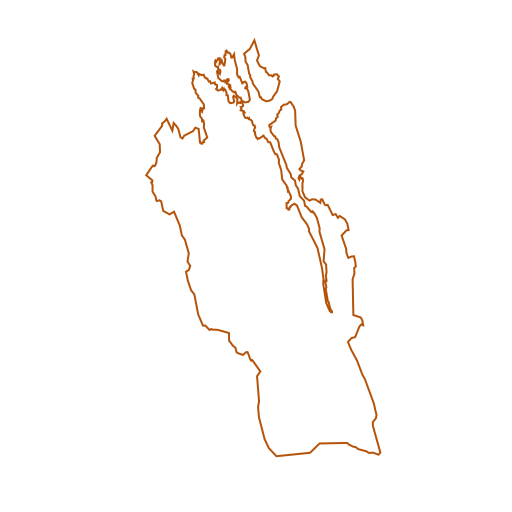 the district of Hjelmeland nor, Rogaland, Norway, rotated 82°
{"feature_id": "86288312B13309254360301", "entity_name": "Hjelmeland nor", "entity_type": "district", "adm_level": 2, "iso_a3": "NOR", "parent_name": "Norway", "parent_adm1": "Rogaland", "projection": "equal_earth", "projection_center": [6.272, 59.206], "detail": "fine", "context": "isolated", "style": "outline", "palette": "amber", "viewbox_px": 512, "rotation_deg": 82, "n_neighbors": 0, "source": "geoboundaries", "source_scale": "gbopen_adm2", "svg_char_len": 5986}
<svg xmlns="http://www.w3.org/2000/svg" viewBox="0 0 512 512"><g transform="rotate(82 256 256)"><path d="M457.1,263.6L458.4,229.9L450.5,219.1L453.8,191.8L455.4,190.5L458.4,186.2L459.1,183.9L461.5,181.6L464.8,173.8L466.7,171.7L467.1,167.3L469.8,162.4L468.0,160.2L440.3,163.9L436.7,163.4L433.4,159.9L430.4,158.8L418.1,159.9L393.1,165.3L388.2,167.2L373.6,170.5L362.1,174.8L353.9,176.9L350.7,173.1L350.0,169.0L340.2,163.4L338.4,161.2L339.5,159.5L334.6,159.7L331.5,160.8L328.0,167.8L292.6,163.6L287.0,160.9L281.6,160.5L280.2,158.6L276.3,158.5L269.9,159.0L269.8,161.6L270.7,164.8L270.2,165.0L265.7,166.0L261.4,165.7L247.7,168.4L243.2,162.9L243.2,160.7L240.2,160.9L236.8,161.1L232.0,162.9L228.0,167.6L229.6,169.5L225.6,171.3L226.1,174.4L215.4,177.9L215.5,179.8L214.9,180.7L209.0,182.6L209.2,184.1L212.3,184.9L208.3,189.3L207.7,192.6L208.6,195.3L204.8,199.2L198.5,201.0L190.1,199.8L188.2,198.9L185.5,199.1L185.8,200.1L184.1,200.8L184.5,201.9L186.3,202.5L184.8,203.1L182.2,201.5L181.5,199.4L178.9,197.4L177.3,200.1L175.9,200.9L173.7,198.2L171.5,197.7L167.9,195.0L148.8,195.8L132.4,198.6L117.6,197.0L113.3,197.9L108.4,200.3L108.0,201.2L110.1,204.5L110.0,207.3L112.0,210.5L114.5,210.6L115.2,212.2L117.3,213.3L118.9,215.3L121.3,215.1L122.4,217.0L124.6,217.7L128.2,224.7L130.1,224.6L131.0,223.8L130.7,223.3L132.7,224.2L135.4,223.9L140.0,221.3L140.2,220.4L142.5,219.9L143.4,218.7L145.8,217.9L152.0,217.8L170.0,213.3L173.0,213.2L179.5,210.3L183.1,210.1L186.7,206.9L191.3,206.8L195.2,205.0L202.7,204.3L208.0,200.7L213.2,200.4L214.3,198.9L219.7,195.5L220.1,195.1L219.5,193.8L221.0,193.4L221.1,192.6L226.7,190.4L237.5,189.1L240.7,189.8L258.9,187.2L270.6,189.8L274.3,187.8L281.8,188.4L285.5,189.6L290.6,189.6L290.9,190.0L290.0,190.5L290.9,191.1L296.4,190.6L298.4,191.5L310.7,191.2L311.6,190.5L318.5,189.8L321.4,188.5L322.3,188.6L322.3,189.3L320.8,190.6L312.2,193.0L292.7,193.3L288.6,192.4L277.3,192.3L256.6,194.0L238.9,200.1L236.7,199.7L232.0,200.9L223.9,205.4L211.7,208.4L209.6,210.7L211.1,214.3L212.8,215.3L212.0,215.2L212.3,215.7L214.7,216.6L214.6,217.5L213.4,217.6L213.0,219.0L207.9,218.4L208.0,217.0L206.2,216.0L204.1,213.4L202.0,213.1L195.9,214.8L196.3,215.4L192.8,215.2L192.8,215.7L190.5,215.9L183.9,219.4L174.3,219.1L167.0,220.5L164.2,219.8L158.2,221.1L157.8,222.7L154.6,223.9L145.4,226.1L145.0,228.0L141.3,229.3L140.4,230.7L137.8,231.8L140.2,236.7L139.2,238.4L139.7,238.5L138.7,239.2L135.3,240.0L133.1,239.7L132.6,240.5L131.2,240.6L128.4,238.9L126.5,239.3L126.6,240.0L125.4,240.8L121.6,241.3L120.3,242.4L119.4,244.0L118.9,243.9L119.2,244.3L117.8,245.1L118.0,246.7L117.3,247.7L113.5,248.7L112.4,248.5L112.4,247.3L110.8,248.0L109.6,250.9L108.3,249.9L106.4,250.4L106.4,249.3L105.5,247.8L102.4,248.2L101.3,250.0L102.3,250.3L101.6,252.6L102.5,253.5L98.1,252.6L96.0,253.7L94.3,255.8L95.3,256.5L100.1,256.1L101.0,257.2L101.1,260.3L98.8,261.7L93.5,261.6L92.8,261.7L92.6,262.8L90.6,262.4L86.9,263.4L86.2,264.3L86.7,264.7L85.7,264.7L86.3,265.6L87.0,265.4L86.9,266.0L84.9,266.2L86.3,267.5L86.9,270.7L85.1,272.3L84.0,271.1L81.1,270.9L80.3,272.7L78.4,272.7L78.9,276.6L76.6,277.1L76.7,278.4L73.7,279.6L74.1,279.1L73.6,279.5L73.2,280.1L73.3,280.6L71.9,281.9L69.2,282.6L69.3,284.8L67.7,287.0L69.1,287.6L65.8,289.0L65.3,289.8L65.5,291.2L64.6,292.2L67.5,291.9L69.0,292.8L71.6,293.0L71.5,294.0L73.4,294.0L75.9,295.1L82.0,293.9L82.7,292.8L86.0,293.0L89.5,290.8L91.2,291.3L92.1,289.9L98.6,286.6L102.5,286.8L102.4,287.8L104.1,288.7L102.3,289.1L101.9,290.0L105.3,289.7L103.8,291.1L107.8,291.9L110.2,291.8L112.2,290.5L116.1,290.7L113.9,289.8L114.4,289.3L118.0,289.0L121.4,289.8L131.8,287.8L134.5,291.8L135.9,291.6L135.8,292.5L137.3,293.5L137.1,294.6L135.7,295.1L136.7,295.7L122.2,295.1L120.5,298.2L123.6,301.0L126.9,310.4L129.4,312.5L127.9,314.2L119.3,315.3L116.5,316.6L112.8,319.0L120.2,321.4L107.7,325.4L109.8,327.4L111.7,330.6L114.0,330.8L122.8,339.6L132.0,335.8L139.9,336.6L145.0,340.6L149.0,341.4L152.4,343.2L152.9,344.4L152.1,345.3L153.0,346.5L160.7,353.5L166.7,348.1L168.4,348.5L168.6,349.5L171.5,348.6L177.9,349.5L183.0,347.2L187.3,346.9L187.8,346.5L187.4,343.9L188.6,342.3L198.4,341.6L202.8,335.7L200.7,331.0L215.4,327.2L225.4,326.5L230.0,324.1L244.0,322.2L252.0,324.6L256.7,322.5L260.5,324.5L261.8,327.5L271.2,326.9L281.0,325.0L285.4,322.4L305.6,321.4L317.6,318.2L317.9,315.8L322.7,312.4L322.1,310.4L322.7,310.0L323.8,304.2L328.5,293.5L336.1,294.4L341.9,291.2L343.7,289.2L348.3,288.7L349.5,287.7L352.2,282.7L349.8,279.1L350.1,277.7L358.1,275.9L359.0,275.2L358.4,274.4L359.0,273.9L370.9,267.8L375.2,271.7L400.3,273.2L405.9,275.0L416.1,275.5L438.4,273.0L448.1,270.0L457.1,263.6ZM54.1,239.7L57.0,238.9L62.1,239.3L65.8,237.7L74.4,237.4L76.3,236.5L77.6,237.0L82.9,235.1L84.6,235.2L93.5,230.7L99.2,230.1L99.4,229.0L101.3,228.6L104.2,224.4L104.0,220.6L102.7,218.0L100.4,216.7L95.8,212.2L86.4,208.2L83.7,209.8L81.4,208.3L78.8,210.2L79.0,213.2L80.0,213.5L80.5,214.6L79.2,215.7L78.9,218.0L75.5,219.7L75.0,220.6L71.2,220.7L71.3,221.9L68.4,225.8L62.5,227.8L57.9,225.2L42.2,227.6L50.1,233.3L54.1,239.7ZM87.2,241.1L83.4,241.4L81.8,242.4L82.3,245.0L84.0,245.3L77.0,247.0L76.3,247.3L76.7,248.4L73.4,249.5L68.5,248.7L58.7,249.8L53.1,249.6L56.1,251.8L56.1,252.8L52.3,253.2L50.9,254.3L50.9,255.5L49.0,256.3L49.4,256.5L49.0,257.5L52.9,258.3L52.8,259.2L54.9,259.9L56.7,258.9L62.9,260.8L62.9,261.3L60.8,262.3L57.5,262.8L62.0,265.8L57.1,264.2L55.4,264.4L55.7,265.1L55.0,265.1L55.1,266.1L56.8,266.7L57.2,267.7L56.7,268.3L57.6,268.4L56.9,268.9L57.3,269.4L61.7,270.0L63.1,268.9L63.2,267.2L65.8,267.5L66.6,265.8L68.3,265.5L70.6,266.4L67.2,268.2L67.8,269.0L74.5,268.5L78.1,265.5L78.6,263.7L77.7,263.2L78.1,261.7L78.8,261.8L76.9,259.8L77.0,258.6L78.1,258.4L79.4,259.7L78.9,259.7L79.3,261.2L80.2,261.3L81.4,260.8L83.1,257.8L84.9,257.8L84.6,258.5L85.1,258.7L83.6,258.7L84.2,259.4L87.0,258.6L87.2,257.9L89.9,256.3L90.3,254.6L91.0,254.5L90.7,253.5L93.5,253.1L96.9,250.4L97.0,249.2L100.1,248.5L102.4,245.5L102.3,242.1L100.4,240.3L91.8,240.7L89.2,241.5L88.3,243.3L87.3,242.8L87.2,241.1Z" fill="none" stroke="#b45309" stroke-width="2"/></g></svg>